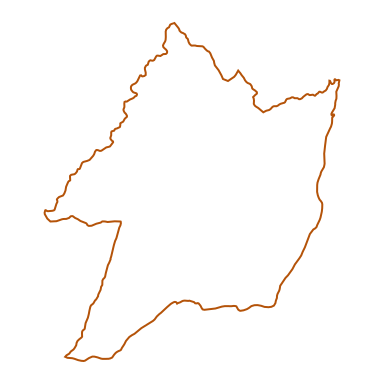 Lourdes, Norte de Santander, Colombia
{"feature_id": "7082276B15228121162034", "entity_name": "Lourdes", "entity_type": "district", "adm_level": 2, "iso_a3": "COL", "parent_name": "Colombia", "parent_adm1": "Norte de Santander", "projection": "orthographic", "projection_center": [-72.851, 7.965], "detail": "fine", "context": "isolated", "style": "outline", "palette": "amber", "viewbox_px": 384, "rotation_deg": 0, "n_neighbors": 0, "source": "geoboundaries", "source_scale": "gbopen_adm2", "svg_char_len": 5829}
<svg xmlns="http://www.w3.org/2000/svg" viewBox="0 0 384 384"><path d="M339.4,80.3L338.5,79.9L336.4,80.3L335.2,79.3L334.7,79.3L334.4,79.9L334.6,81.8L333.9,83.2L332.6,84.0L331.9,84.0L331.5,83.7L330.7,82.6L330.2,81.2L329.9,80.8L329.4,80.7L329.4,83.0L328.9,85.0L327.5,87.1L326.9,88.9L325.7,90.5L324.3,91.3L322.7,92.5L321.7,92.5L319.9,91.7L319.2,91.8L317.6,93.6L316.8,93.9L315.1,95.7L314.7,95.7L312.9,94.7L310.0,95.1L309.4,95.0L308.0,94.1L307.2,94.1L306.1,94.6L303.3,96.8L301.9,98.3L300.3,99.1L299.1,99.2L297.5,98.2L294.7,98.2L293.2,97.4L292.4,97.3L291.9,97.3L289.8,98.4L287.6,98.8L287.0,99.0L286.3,99.6L285.0,102.2L284.4,102.7L280.6,103.8L279.3,104.5L277.9,105.6L276.6,106.2L274.1,106.2L273.3,106.4L272.2,107.2L270.7,108.9L269.5,109.8L268.8,110.1L266.3,110.7L263.3,112.3L258.4,108.1L255.7,106.4L254.7,105.5L253.8,103.9L254.0,100.5L253.7,98.5L253.1,97.1L255.4,94.8L256.6,93.9L256.9,93.5L256.9,92.2L255.2,90.6L252.6,88.9L252.2,88.3L251.7,86.2L250.5,84.4L249.7,83.8L247.7,83.0L246.4,82.0L245.1,80.4L243.8,77.8L241.6,75.1L240.5,73.4L238.2,70.6L235.8,74.8L234.2,76.8L228.0,81.0L223.0,79.0L221.4,75.3L218.6,70.2L214.9,65.4L214.2,62.9L213.9,60.9L212.0,57.5L210.3,53.3L209.0,51.6L207.8,51.2L206.8,50.5L204.8,48.5L203.9,47.3L202.9,46.5L202.3,46.3L197.0,46.0L195.0,45.5L191.6,45.6L191.0,45.3L189.5,43.8L188.6,42.0L187.9,39.3L187.6,38.7L187.0,38.3L186.2,37.4L185.8,35.6L185.1,34.3L182.9,33.0L181.4,32.5L180.4,31.6L179.5,30.6L179.2,29.3L178.3,27.8L174.4,23.0L171.4,24.0L170.2,24.7L169.0,27.3L167.4,28.2L166.2,29.6L165.7,31.5L165.8,37.1L165.6,39.9L165.1,41.5L163.8,43.6L163.0,45.4L163.3,47.0L164.3,48.1L166.1,49.7L167.1,51.2L167.1,52.3L166.9,53.0L166.3,53.7L165.6,54.0L163.3,54.1L160.4,56.0L157.8,55.6L156.9,55.7L156.1,56.5L154.2,60.0L153.1,60.6L152.3,60.7L150.3,60.3L149.4,60.9L148.6,61.9L147.8,64.7L146.3,65.5L145.8,66.0L144.9,67.8L144.9,69.3L145.7,72.6L145.7,75.0L144.3,76.0L142.6,76.4L141.9,76.2L141.1,75.3L140.1,75.5L137.4,81.1L136.6,82.2L135.5,83.3L132.4,84.8L131.4,85.9L131.0,86.7L130.9,87.8L131.0,89.1L131.4,90.1L132.6,91.6L133.3,92.3L136.3,93.3L136.6,93.5L137.0,94.3L136.9,94.8L136.5,95.7L136.0,96.0L135.1,96.3L133.9,97.6L132.7,98.4L130.0,99.5L126.8,101.6L125.4,101.5L124.5,102.0L124.3,103.6L124.4,106.4L124.3,107.4L123.5,109.3L123.6,110.6L124.6,112.6L125.7,113.6L126.8,115.4L127.0,116.0L126.9,116.8L124.8,118.7L123.2,121.6L120.6,123.1L120.3,123.4L120.3,125.0L120.0,126.8L119.6,127.2L116.8,128.5L115.5,128.8L114.9,129.2L114.2,130.6L111.6,131.4L111.2,132.3L111.2,135.3L110.3,138.0L110.5,138.9L111.1,139.7L112.1,140.9L113.0,141.4L113.1,142.3L110.0,146.4L108.9,146.8L106.3,147.4L101.7,150.5L100.8,150.9L99.8,150.9L97.8,150.1L96.6,150.0L96.1,150.2L95.0,151.7L94.2,154.1L93.2,155.8L89.6,159.9L87.2,160.9L83.8,161.8L83.1,162.1L82.0,163.1L79.9,168.5L79.5,169.0L77.8,169.2L77.4,170.0L77.0,171.5L76.2,172.6L75.2,173.7L74.4,174.2L71.2,174.8L70.1,175.8L70.0,176.6L70.2,180.2L69.8,180.7L69.1,181.0L68.4,181.6L67.8,182.8L66.1,186.8L65.5,190.5L64.3,193.5L63.0,195.5L59.1,197.0L57.7,198.3L57.0,199.2L56.9,199.7L57.3,200.7L57.4,201.9L56.4,203.9L54.6,209.7L53.8,210.4L52.3,210.8L47.9,211.2L47.0,211.0L46.0,210.3L45.4,210.2L45.2,210.4L44.6,212.7L44.8,214.2L47.3,218.6L50.4,221.5L56.5,221.2L61.9,219.3L63.3,219.0L66.3,218.9L69.1,217.9L70.6,216.4L71.1,216.2L72.4,216.1L72.8,216.2L75.2,218.0L77.7,219.1L80.5,221.0L85.9,223.1L86.6,223.6L87.5,225.2L88.8,225.9L90.9,225.8L91.7,225.7L96.4,223.7L100.7,222.6L102.0,221.6L102.7,221.4L105.1,221.5L107.7,222.0L114.6,221.3L120.4,221.5L120.7,221.6L120.9,223.2L120.4,225.4L119.3,227.6L116.4,238.2L115.1,241.0L113.9,245.1L111.2,256.5L110.5,258.7L110.6,259.3L109.2,262.7L107.9,265.2L105.8,273.1L105.1,276.7L104.4,277.9L103.1,279.2L102.4,280.6L102.3,284.9L101.1,286.9L100.6,289.8L98.5,294.1L98.1,295.3L98.1,296.2L96.1,299.5L95.1,300.4L93.3,303.5L91.0,305.4L90.3,306.9L89.4,310.8L88.8,314.1L87.9,317.7L85.6,323.1L84.7,328.8L84.3,329.3L82.9,330.4L82.2,331.4L82.0,333.0L82.1,336.7L81.5,337.5L79.1,339.4L77.5,341.0L76.6,342.9L76.2,345.3L74.5,348.2L73.5,349.5L70.8,351.5L69.2,353.7L66.5,355.3L65.2,356.8L67.4,357.8L72.3,358.2L74.5,358.8L78.1,360.1L81.3,360.8L83.7,361.0L85.1,360.6L88.9,358.1L92.3,356.6L94.2,356.6L95.6,356.9L97.6,357.4L101.0,358.6L102.7,358.9L108.5,358.8L110.3,358.4L112.2,357.5L114.1,354.7L115.6,353.0L116.7,352.1L118.3,351.2L120.2,350.4L121.0,349.8L121.8,348.1L124.3,344.3L126.0,340.9L129.3,337.0L131.9,335.2L134.5,333.8L141.4,328.1L153.0,320.9L154.6,319.5L156.8,316.5L159.2,314.2L161.0,312.8L167.1,307.1L170.8,303.9L172.6,302.8L174.0,302.1L174.9,301.9L175.9,302.1L176.5,302.5L177.1,303.6L177.6,303.2L180.2,302.3L181.9,301.3L183.1,300.8L184.7,300.6L188.3,300.9L189.5,300.7L194.0,302.1L195.2,303.3L196.9,303.4L197.8,303.1L198.7,303.5L200.5,305.7L201.7,308.1L202.6,309.4L204.4,309.8L215.4,308.5L221.9,306.6L225.0,306.1L231.3,306.2L233.9,305.9L235.7,306.1L236.4,306.4L238.2,309.6L239.6,310.6L240.5,310.8L243.6,310.3L247.0,309.1L249.0,307.9L251.4,306.1L254.4,305.2L257.6,305.1L261.2,305.8L264.5,306.9L268.5,307.2L271.4,306.8L273.9,305.6L275.4,303.1L275.9,300.6L276.9,298.0L277.0,295.8L277.5,294.0L279.2,290.7L279.7,289.0L280.2,285.8L285.5,277.9L288.0,275.3L292.5,269.0L294.9,264.4L299.3,258.4L301.2,255.5L302.7,251.8L304.9,247.3L309.9,234.0L313.3,229.5L315.3,228.3L316.6,226.9L317.1,225.3L319.7,219.9L320.5,217.6L321.8,211.7L322.2,208.2L322.3,204.4L322.0,202.8L320.8,201.0L319.6,199.6L318.6,197.5L317.8,195.2L317.1,191.9L317.2,184.9L317.5,182.6L318.6,179.2L320.5,174.6L320.7,173.4L321.3,171.6L323.9,167.2L324.4,164.9L324.6,163.6L324.2,153.6L325.1,145.4L326.2,136.9L330.2,128.2L331.0,126.7L331.9,123.6L332.1,121.7L332.2,117.7L334.1,115.5L334.1,114.9L333.9,114.5L333.4,114.4L331.9,115.3L331.5,114.9L331.4,113.9L332.0,112.5L334.6,108.2L335.2,104.8L335.2,103.1L335.7,100.5L336.1,99.6L336.4,98.6L336.5,95.9L336.3,91.7L338.7,86.2L338.9,84.4L338.7,83.6L339.4,80.3Z" fill="none" stroke="#b45309" stroke-width="2"/></svg>